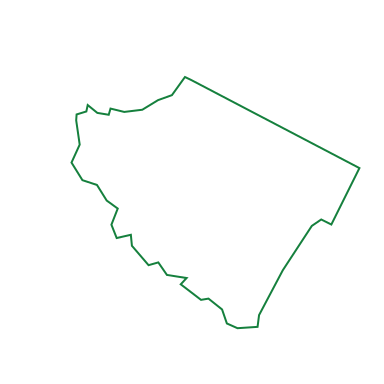 outline of Gilchrist, Florida, United States of America, rotated 298°
{"feature_id": "52423323B24171754221857", "entity_name": "Gilchrist", "entity_type": "district", "adm_level": 2, "iso_a3": "USA", "parent_name": "United States of America", "parent_adm1": "Florida", "projection": "robinson", "projection_center": [-82.847, 29.749], "detail": "fine", "context": "isolated", "style": "outline", "palette": "green", "viewbox_px": 384, "rotation_deg": 298, "n_neighbors": 0, "source": "geoboundaries", "source_scale": "gbopen_adm2", "svg_char_len": 644}
<svg xmlns="http://www.w3.org/2000/svg" viewBox="0 0 384 384"><g transform="rotate(298 192 192)"><path d="M151.0,89.7L153.6,104.8L144.4,120.7L142.5,134.2L125.3,136.2L116.0,147.1L125.5,158.1L116.3,164.2L107.0,188.0L114.0,195.3L107.0,208.8L113.5,227.6L105.2,225.4L101.0,250.6L105.6,256.6L102.4,273.7L92.3,284.5L93.1,296.1L103.7,313.2L114.8,309.0L165.6,308.9L218.3,313.7L228.4,319.0L228.7,330.3L291.7,328.6L290.5,138.0L290.2,131.8L268.1,128.8L257.2,118.9L241.3,109.5L230.9,94.6L227.4,80.9L221.1,82.2L217.4,71.3L219.8,59.1L213.5,60.9L206.3,53.7L200.9,56.1L181.1,70.6L161.4,71.8L151.0,89.7Z" fill="none" stroke="#15803d" stroke-width="2"/></g></svg>